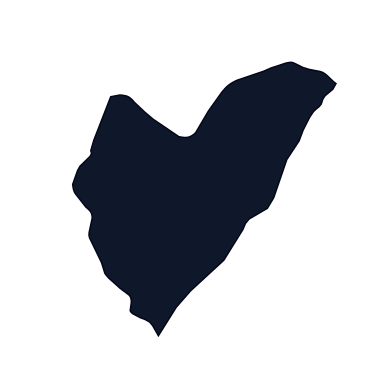 the County of Grand Kru, rotated 282°
{"feature_id": "LBR-780", "entity_name": "Grand Kru", "entity_type": "County", "adm_level": 1, "iso_a3": "LBR", "parent_name": "Liberia", "parent_adm1": "", "projection": "mercator", "projection_center": [-8.188, 4.813], "detail": "fine", "context": "isolated", "style": "filled", "palette": "ink", "viewbox_px": 384, "rotation_deg": 282, "n_neighbors": 0, "source": "natural_earth", "source_scale": "10m", "svg_char_len": 1345}
<svg xmlns="http://www.w3.org/2000/svg" viewBox="0 0 384 384"><g transform="rotate(282 192 192)"><path d="M328.0,310.3L321.8,308.4L313.9,302.2L310.2,300.7L304.8,300.1L301.5,298.3L298.9,296.1L295.7,294.0L289.8,291.6L275.5,287.8L264.2,286.1L243.5,278.0L203.3,273.1L191.7,269.1L177.5,253.5L172.3,250.8L165.9,249.6L131.9,237.3L95.1,211.2L76.1,200.6L44.4,189.0L53.1,181.3L56.0,177.6L57.6,172.4L58.3,167.5L60.7,159.1L61.9,157.2L63.1,156.2L71.4,155.6L73.1,155.2L75.9,154.1L77.2,153.0L78.2,151.7L82.8,141.8L90.5,128.4L92.6,125.6L94.3,123.7L104.1,118.2L125.9,101.3L127.2,100.7L128.5,100.2L131.0,99.8L145.3,99.8L147.1,99.5L149.8,98.4L151.3,97.2L152.6,95.8L155.3,91.2L165.8,78.6L167.6,76.9L170.3,75.3L174.6,73.7L189.2,75.6L194.0,77.1L205.7,84.9L207.8,85.5L209.3,85.6L211.3,84.4L222.3,85.2L268.3,92.7L271.9,101.4L272.2,103.7L272.3,107.9L271.8,110.2L271.0,112.1L270.0,114.0L267.8,116.9L259.9,129.9L259.9,130.0L255.1,138.9L243.4,167.6L243.5,170.8L243.8,173.7L244.3,175.5L244.9,177.1L245.6,178.3L247.3,180.5L249.7,182.5L251.0,183.3L274.6,191.2L296.0,200.5L300.8,203.2L303.3,204.9L306.0,207.3L308.4,209.9L310.6,212.7L325.1,237.1L329.8,243.6L337.6,257.0L339.0,260.3L339.6,262.8L339.2,265.6L336.9,274.4L336.3,280.8L336.5,292.7L336.1,295.1L335.2,297.6L334.0,299.9L329.2,307.7L328.0,310.3L328.0,310.3Z" fill="#0f172a" stroke="#020617" stroke-width="1.5"/></g></svg>